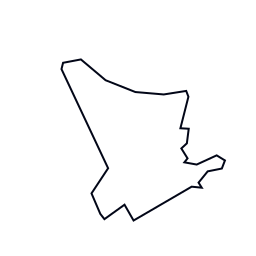 Trousdale, Tennessee, United States of America (Mercator projection), rotated 238°
{"feature_id": "52423323B18909606925754", "entity_name": "Trousdale", "entity_type": "district", "adm_level": 2, "iso_a3": "USA", "parent_name": "United States of America", "parent_adm1": "Tennessee", "projection": "mercator", "projection_center": [-86.184, 36.391], "detail": "fine", "context": "isolated", "style": "outline", "palette": "ink", "viewbox_px": 256, "rotation_deg": 238, "n_neighbors": 0, "source": "geoboundaries", "source_scale": "gbopen_adm2", "svg_char_len": 488}
<svg xmlns="http://www.w3.org/2000/svg" viewBox="0 0 256 256"><g transform="rotate(238 128 128)"><path d="M69.8,59.0L63.2,59.7L64.8,84.4L46.6,83.7L44.5,150.9L38.3,158.9L44.3,158.9L49.0,172.6L43.9,186.1L49.1,193.0L57.8,188.7L60.6,166.9L69.0,157.6L70.7,162.4L82.4,162.4L83.8,169.8L95.2,179.1L100.0,172.3L122.5,195.8L128.6,197.0L137.5,176.1L154.6,153.3L180.4,134.3L211.1,124.4L217.7,107.5L213.2,102.8L104.4,89.8L91.9,62.4L69.8,59.0Z" fill="none" stroke="#020617" stroke-width="2"/></g></svg>